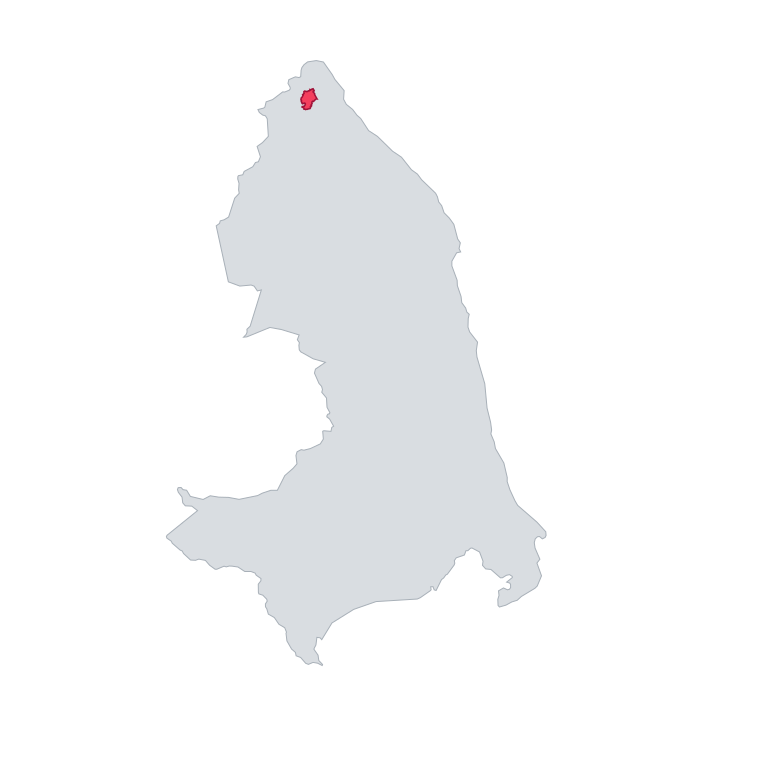 location of Candarave, Tacna, Peru, rotated 197°
{"feature_id": "86281439B21973804686801", "entity_name": "Candarave", "entity_type": "district", "adm_level": 2, "iso_a3": "PER", "parent_name": "Peru", "parent_adm1": "Tacna", "projection": "albers", "projection_center": [-70.288, -17.116], "detail": "fine", "context": "in_parent", "style": "filled", "palette": "rose", "viewbox_px": 768, "rotation_deg": 197, "n_neighbors": 0, "source": "geoboundaries", "source_scale": "gbopen_adm2", "svg_char_len": 7137}
<svg xmlns="http://www.w3.org/2000/svg" viewBox="0 0 768 768"><g transform="rotate(197 384 384)"><path d="M550.7,222.7L550.5,224.7L547.8,225.7L545.3,224.2L541.7,224.7L536.3,219.9L523.2,220.7L517.5,226.3L508.9,227.5L499.5,230.1L488.9,231.3L472.3,240.3L468.5,244.0L461.1,249.3L454.9,251.2L452.1,267.4L446.2,276.9L443.9,282.2L447.3,289.9L447.3,293.8L444.0,297.0L441.2,297.3L435.6,300.7L427.4,308.1L425.9,313.6L428.8,320.9L427.9,321.7L420.9,323.2L421.2,327.3L419.8,328.9L425.8,334.6L429.1,335.9L429.3,337.4L428.7,338.9L427.4,339.6L427.4,340.8L431.7,345.1L434.9,353.8L441.1,357.9L441.2,360.7L443.0,363.5L446.3,365.5L453.7,374.1L453.9,378.2L446.4,387.6L459.1,387.4L473.0,390.4L475.0,391.9L476.7,396.1L477.0,398.8L479.8,401.0L479.5,406.1L497.9,406.1L509.7,404.7L528.9,389.0L532.0,387.7L530.3,391.1L530.1,393.6L531.1,396.3L528.9,400.1L528.8,438.1L532.3,436.0L536.8,439.6L540.0,439.8L550.5,435.5L562.7,436.2L590.7,486.2L588.2,489.5L588.3,492.1L584.9,494.3L581.4,498.2L581.1,518.1L578.2,524.0L579.8,527.2L581.3,533.5L583.8,537.3L584.4,539.8L584.1,540.7L580.2,542.8L579.9,546.4L573.0,553.4L571.7,558.2L569.1,559.8L568.6,565.2L574.8,574.1L570.8,579.3L567.0,587.0L573.2,603.5L575.8,605.8L578.5,605.7L582.6,607.2L584.8,609.6L579.7,612.7L578.9,614.0L579.2,619.4L573.7,623.4L566.3,633.7L564.3,634.2L560.5,637.3L559.9,638.8L560.5,640.3L563.7,643.4L564.0,647.2L558.6,651.8L554.9,652.2L553.5,653.5L555.0,659.8L555.0,662.7L553.8,666.1L551.2,669.7L543.3,673.5L536.1,674.2L523.9,664.7L520.0,660.9L507.9,652.9L505.9,644.5L501.8,640.4L494.3,637.4L488.4,633.1L483.9,631.1L472.8,621.8L462.7,618.9L443.8,609.1L433.6,606.0L420.4,596.9L413.4,594.5L407.7,590.3L390.4,581.5L387.6,578.6L384.9,574.1L381.0,571.4L376.6,565.3L370.1,561.8L363.9,557.1L355.9,544.2L352.3,541.3L351.8,535.4L349.3,532.7L352.9,530.7L355.0,521.3L353.6,516.7L344.4,504.6L342.6,499.5L335.9,490.2L333.4,484.5L328.1,480.5L325.8,477.0L322.9,475.6L322.6,471.2L320.3,462.9L317.3,458.8L306.8,451.4L305.5,442.9L303.0,437.0L287.7,413.7L278.4,391.1L270.9,378.6L267.6,371.4L267.2,367.5L261.7,360.9L258.6,354.9L246.3,343.5L238.8,330.6L237.7,326.7L232.7,319.7L224.6,310.6L220.7,307.0L197.3,296.6L186.1,290.0L184.7,286.5L185.1,284.3L187.3,282.2L190.7,283.6L192.6,282.8L194.1,280.1L193.9,276.2L191.6,271.3L183.7,262.0L185.4,257.5L177.3,246.6L178.4,235.6L180.0,232.7L190.5,221.0L193.4,216.1L198.0,213.0L202.7,208.2L208.4,204.5L210.2,205.6L212.2,211.4L212.2,215.4L214.0,219.7L210.1,223.9L205.7,223.3L204.0,224.4L203.4,226.3L204.3,229.2L205.5,230.4L208.8,230.4L204.7,236.4L205.1,237.5L208.2,238.4L211.1,236.8L214.1,233.3L216.0,232.7L227.5,237.9L232.7,236.9L236.8,239.4L237.5,243.5L243.5,251.3L251.9,252.9L253.3,252.2L255.1,249.1L256.9,248.5L257.1,244.0L264.1,238.9L265.1,235.6L263.9,233.3L264.0,231.4L267.8,220.6L269.1,219.4L270.2,216.0L271.8,213.8L273.8,201.8L275.8,201.8L277.9,204.5L280.1,203.7L278.8,201.1L279.1,200.1L286.8,190.3L289.3,188.1L328.0,173.6L347.1,159.6L363.9,140.3L368.8,121.3L370.9,122.6L374.1,122.1L372.8,114.5L373.5,110.8L373.4,109.8L367.8,105.4L365.5,100.5L360.7,97.8L360.8,96.7L365.9,97.6L370.5,97.0L374.3,93.8L377.2,94.0L383.8,98.1L388.6,98.4L390.2,101.4L394.9,103.5L401.7,109.9L404.8,116.9L404.7,118.2L407.7,121.9L414.2,123.5L420.6,128.6L427.3,130.1L430.4,134.8L432.2,136.3L433.1,139.0L432.2,142.2L433.2,143.9L438.1,146.6L442.3,146.7L443.2,148.0L445.7,155.8L444.2,159.8L444.8,162.0L450.3,163.8L452.0,165.5L456.3,165.8L462.4,164.0L470.1,166.3L476.0,165.4L478.7,164.7L481.4,163.0L483.7,163.0L489.7,158.0L491.4,157.5L497.8,159.7L503.2,163.1L509.9,162.4L512.7,160.3L517.5,159.1L526.2,163.3L528.1,165.3L530.5,165.6L539.9,169.8L541.5,171.5L546.5,173.1L547.5,174.5L547.2,176.0L525.3,208.4L532.1,211.0L538.4,209.4L541.7,211.5L544.1,216.8L549.0,220.3L550.7,222.7Z" fill="#d9dde1" stroke="#a8b0b8" stroke-width="1"/><path d="M544.5,628.8L544.4,628.8L544.4,628.7L544.4,628.4L544.1,628.2L543.9,628.1L543.7,628.1L543.4,628.4L543.5,628.5L543.4,628.5L543.1,628.8L542.9,629.0L542.5,629.0L542.3,629.1L542.1,629.1L542.0,629.5L541.9,629.5L541.6,629.4L541.4,629.3L541.3,629.2L541.2,629.0L541.1,628.9L541.2,628.6L541.0,628.4L541.0,628.2L541.0,627.9L541.0,627.7L541.2,627.2L541.3,626.8L541.4,626.6L541.5,626.3L541.5,626.2L541.9,626.2L542.0,626.2L542.2,625.9L542.3,625.7L542.5,625.7L542.8,625.6L543.0,625.6L543.3,625.5L543.3,625.4L543.4,625.2L543.4,624.9L543.2,624.9L542.8,624.8L542.7,624.7L542.4,624.7L542.1,624.7L541.8,624.6L541.6,624.5L541.4,624.4L541.2,624.3L541.1,623.9L540.9,623.9L540.8,623.7L540.8,623.4L540.7,623.4L540.3,623.6L540.0,623.7L539.9,623.7L539.7,623.6L539.4,623.5L539.2,623.5L539.0,623.8L538.7,623.9L538.4,624.0L538.2,624.1L537.9,624.1L537.6,624.3L537.3,624.5L537.2,624.8L536.9,624.9L536.6,625.0L536.4,625.3L536.2,625.3L535.9,625.4L535.8,625.5L535.6,625.6L535.4,625.6L535.3,625.8L535.3,626.0L535.2,626.2L535.1,626.3L535.1,626.5L535.1,626.8L535.1,627.0L535.3,627.2L535.4,627.3L535.2,627.4L535.1,627.5L535.1,627.8L535.0,628.0L534.8,628.3L535.0,628.5L534.9,628.6L534.6,628.9L534.6,629.0L534.9,629.3L535.1,629.4L535.3,629.5L535.2,629.9L535.1,630.1L535.1,630.3L534.8,630.7L534.7,630.9L534.7,631.1L534.8,631.3L535.0,631.4L535.0,631.5L535.2,631.8L535.2,632.0L535.3,632.3L535.4,632.5L535.2,632.8L535.2,633.0L535.1,633.3L535.0,633.5L534.9,633.5L534.8,633.4L534.7,633.4L534.7,633.5L534.4,633.6L534.2,633.5L533.9,633.6L533.8,633.8L533.7,634.1L533.7,634.4L533.6,634.6L533.3,635.0L533.2,635.2L533.0,635.4L533.0,635.7L532.9,635.9L532.7,636.2L532.6,636.3L532.4,636.4L532.1,636.7L532.0,636.8L532.0,637.0L531.9,637.2L531.5,637.1L531.4,637.1L535.0,640.5L535.0,640.8L535.0,641.0L535.2,641.4L535.4,641.5L535.5,641.6L537.8,642.9L537.7,642.9L537.6,643.0L537.4,643.1L537.0,643.2L536.8,643.3L536.7,643.5L536.5,643.8L536.5,644.0L536.6,644.3L536.9,644.5L537.0,644.6L537.3,644.7L537.3,644.8L537.6,644.9L537.6,645.0L537.8,645.1L538.0,645.2L538.1,645.3L538.3,645.4L538.3,645.5L538.7,645.3L538.9,645.2L539.0,645.1L539.1,644.9L539.3,644.8L539.4,644.6L539.5,644.5L539.7,644.4L539.8,644.3L539.9,644.2L540.0,644.0L540.3,644.0L540.4,643.9L540.5,643.9L540.4,643.8L540.2,643.6L540.3,643.5L540.4,643.4L540.5,643.3L540.8,643.3L540.8,643.2L540.9,642.9L541.0,642.9L541.0,642.7L541.4,642.4L541.5,642.4L541.8,642.3L542.0,642.3L542.1,642.1L542.2,641.9L542.3,641.8L542.4,641.7L542.5,641.5L542.7,641.4L542.8,641.4L543.0,641.2L543.1,641.3L543.2,641.2L543.3,641.2L543.5,641.1L543.8,641.0L544.1,641.1L544.3,641.1L544.5,641.0L544.6,640.9L544.8,641.0L545.0,641.0L545.5,641.0L545.6,640.9L545.8,640.7L546.0,640.3L546.1,640.1L545.9,639.7L545.7,639.2L545.7,638.7L545.4,638.5L545.4,638.4L545.5,638.3L545.6,638.2L545.8,638.0L545.9,637.8L545.9,637.7L545.8,637.3L545.8,637.2L546.2,637.2L546.3,637.1L546.1,637.0L546.0,636.8L546.0,636.7L546.0,636.4L546.0,636.2L545.9,636.1L546.0,636.0L546.0,635.8L546.0,635.3L546.0,635.2L546.0,634.9L546.2,634.6L546.3,634.3L546.3,634.0L546.4,633.8L546.5,633.7L546.8,633.4L546.8,633.2L546.7,632.8L546.7,632.5L546.6,632.3L546.7,632.1L546.7,631.9L546.5,631.7L546.4,631.5L546.2,631.3L546.1,631.1L545.9,631.0L546.0,630.8L545.9,630.6L546.0,630.4L545.9,630.2L545.7,630.1L545.4,629.9L545.3,629.5L545.2,629.4L545.1,629.2L544.9,629.0L544.7,629.0L544.5,628.9L544.5,628.8Z" fill="#f43f5e" stroke="#9f1239" stroke-width="1.5"/></g></svg>